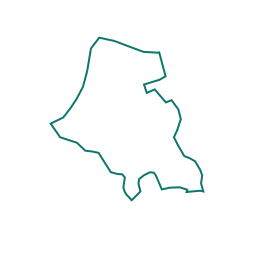 the district of Seo-gu [West District], Incheon, South Korea, rotated 330°
{"feature_id": "91817680B73279111808647", "entity_name": "Seo-gu [West District]", "entity_type": "district", "adm_level": 2, "iso_a3": "KOR", "parent_name": "South Korea", "parent_adm1": "Incheon", "projection": "albers", "projection_center": [126.657, 37.545], "detail": "fine", "context": "isolated", "style": "outline", "palette": "teal", "viewbox_px": 256, "rotation_deg": 330, "n_neighbors": 0, "source": "geoboundaries", "source_scale": "gbopen_adm2", "svg_char_len": 889}
<svg xmlns="http://www.w3.org/2000/svg" viewBox="0 0 256 256"><g transform="rotate(330 128 128)"><path d="M63.2,85.5L64.6,102.0L71.4,109.7L76.4,115.2L79.6,126.2L85.5,130.7L90.1,134.8L91.0,157.7L96.5,163.1L99.7,165.0L100.6,169.1L94.2,177.3L93.3,181.4L93.3,184.6L95.1,192.4L107.0,189.2L109.3,181.4L112.0,177.8L118.4,176.9L124.8,177.3L128.0,179.6L128.4,182.8L126.6,198.1L134.4,200.6L143.1,205.2L148.5,211.1L146.7,212.7L152.2,215.2L159.1,218.4L161.5,220.6L163.6,212.5L168.6,206.1L169.6,200.1L169.5,190.5L166.4,185.1L162.7,180.5L162.7,167.3L163.1,159.9L163.1,159.0L169.5,154.5L173.6,150.8L178.2,146.7L180.9,137.1L179.6,125.7L173.6,124.8L170.4,107.9L161.8,107.0L163.6,98.3L179.5,102.0L186.4,102.0L192.8,78.2L192.1,78.1L179.5,69.8L169.1,57.3L159.7,45.8L148.2,35.4L135.7,40.6L121.1,58.3L109.6,69.8L98.1,77.1L87.6,82.3L77.2,86.5L63.2,85.5Z" fill="none" stroke="#0f766e" stroke-width="2"/></g></svg>